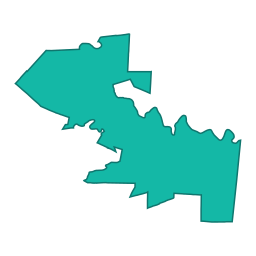 outline of Rastoaca, Vrancea, Romania
{"feature_id": "2599482B59302072108083", "entity_name": "Rastoaca", "entity_type": "district", "adm_level": 2, "iso_a3": "ROU", "parent_name": "Romania", "parent_adm1": "Vrancea", "projection": "mercator", "projection_center": [27.302, 45.655], "detail": "fine", "context": "isolated", "style": "filled", "palette": "teal", "viewbox_px": 256, "rotation_deg": 0, "n_neighbors": 0, "source": "geoboundaries", "source_scale": "gbopen_adm2", "svg_char_len": 5851}
<svg xmlns="http://www.w3.org/2000/svg" viewBox="0 0 256 256"><path d="M232.2,221.7L236.6,180.7L240.6,140.2L238.9,140.6L237.8,141.6L236.9,142.7L236.4,143.0L235.4,143.3L233.5,142.9L232.8,142.6L232.1,141.9L231.8,141.2L231.7,140.4L231.9,140.0L232.8,139.1L233.8,137.9L234.1,137.0L234.0,135.8L233.6,134.4L232.8,133.3L231.5,131.8L230.0,130.5L229.0,129.8L227.9,129.6L227.1,129.7L226.3,130.4L225.7,131.3L225.1,132.9L223.9,136.4L222.6,138.8L221.7,139.8L220.1,140.3L218.8,139.6L214.2,135.1L212.4,132.4L212.0,131.5L211.3,130.3L210.8,129.8L209.8,129.6L208.4,129.9L207.3,130.2L204.7,131.5L203.2,132.4L201.9,133.0L200.4,133.4L199.1,132.9L197.1,131.7L192.1,129.7L190.6,128.3L188.4,125.6L187.6,124.4L186.3,121.6L186.3,119.5L186.2,118.3L186.0,117.1L185.6,116.1L185.2,115.8L184.4,115.5L183.8,115.4L183.2,115.5L182.6,115.8L181.6,116.5L180.6,117.7L180.2,118.1L179.3,119.3L178.6,120.3L178.0,121.5L177.3,122.4L176.9,122.6L175.6,123.8L174.8,125.6L174.8,126.1L175.0,126.7L175.4,127.3L175.4,128.0L175.4,128.7L175.4,129.6L175.2,130.4L175.1,131.1L174.9,131.9L174.6,132.7L174.5,133.4L174.6,134.2L174.4,134.7L173.8,135.0L173.2,135.0L172.6,134.7L171.7,133.6L171.3,131.8L171.2,130.9L171.2,130.2L171.3,129.4L171.2,128.7L170.9,128.0L170.4,127.4L169.7,127.0L169.0,126.8L168.2,126.7L167.2,126.6L166.2,126.7L165.0,126.7L164.2,126.3L163.6,126.0L163.3,125.4L163.0,124.3L162.6,122.9L162.1,120.7L161.3,117.8L160.4,115.4L159.5,113.8L158.5,112.6L157.7,111.0L157.3,110.2L156.8,108.6L156.5,108.0L155.8,107.6L155.1,107.4L154.4,107.5L153.5,107.9L151.2,109.7L149.5,111.8L148.8,112.2L148.4,112.4L147.6,112.4L147.0,112.7L145.8,113.7L145.4,114.3L145.2,115.3L145.1,116.7L145.0,117.2L144.8,117.5L144.5,117.7L144.2,117.8L143.7,117.7L143.0,117.6L139.8,116.1L139.3,115.9L138.8,115.4L138.0,114.1L137.7,113.4L137.6,112.9L137.6,112.4L137.4,111.6L136.9,110.4L135.1,107.6L133.6,105.6L133.7,105.0L133.6,103.8L133.4,102.6L133.1,101.7L132.1,100.3L131.4,99.7L130.9,99.4L129.8,98.9L129.2,98.7L127.3,98.6L126.0,98.3L124.2,98.2L123.8,98.0L123.4,97.7L122.9,97.6L122.2,97.6L121.6,97.7L120.7,97.6L120.1,97.6L119.5,97.6L119.1,97.7L118.6,97.8L118.0,97.6L117.2,97.1L115.9,95.6L115.5,94.9L115.3,94.2L115.1,93.3L114.2,91.9L114.1,91.4L114.2,90.6L114.0,89.9L114.0,89.5L113.9,88.7L113.5,87.7L113.1,86.9L113.1,86.3L113.1,84.5L119.1,82.7L124.6,81.0L126.6,80.4L130.3,79.2L134.1,86.5L134.4,86.7L137.2,87.8L146.4,91.7L150.0,93.3L150.6,83.6L151.2,71.6L150.8,71.7L140.7,71.7L128.2,71.7L127.6,71.7L128.1,61.8L128.3,57.0L128.4,55.8L128.4,54.2L128.7,51.1L128.8,47.9L129.0,44.3L129.2,40.9L129.3,38.1L129.5,34.2L129.2,34.0L128.9,34.0L126.9,34.3L125.9,34.5L123.6,34.8L120.8,35.2L117.6,35.5L116.4,35.6L116.1,35.4L101.8,37.0L100.6,37.3L100.3,37.5L98.0,41.6L98.3,41.6L99.0,41.7L99.9,42.4L100.8,43.2L101.4,44.3L101.6,45.2L101.5,45.8L101.3,46.4L100.6,47.2L98.7,48.4L97.4,48.6L96.1,48.6L94.7,48.2L93.6,47.5L92.2,46.0L90.9,45.1L89.7,44.1L88.6,43.7L86.0,43.5L82.7,43.5L81.7,44.0L80.4,45.3L79.6,46.5L79.4,48.1L79.5,49.3L51.4,50.6L46.1,50.5L27.2,71.4L26.7,71.0L24.7,73.2L23.4,74.6L20.7,77.6L20.3,78.3L15.4,83.6L16.5,84.4L20.3,87.7L21.7,89.0L23.3,90.4L26.4,93.0L27.8,94.2L28.4,94.8L33.9,99.9L36.2,101.9L38.3,103.7L39.1,104.5L40.8,106.3L44.7,108.0L47.2,109.1L49.3,110.1L55.3,112.5L55.7,112.8L57.7,113.4L58.9,113.8L59.8,114.2L60.8,114.6L61.6,114.8L62.5,115.1L66.7,116.6L68.8,117.3L69.2,117.4L69.1,117.9L68.7,119.9L67.8,124.5L65.4,124.6L63.5,127.7L62.6,129.2L68.5,128.3L71.0,127.9L73.5,127.9L73.4,127.2L73.6,126.8L73.8,126.2L74.1,125.7L74.9,124.9L75.3,124.5L75.7,124.3L76.0,124.2L76.4,124.1L77.1,124.2L77.3,124.3L78.0,124.8L79.0,125.4L81.1,126.1L82.1,126.2L83.1,126.1L83.9,125.8L84.2,125.6L84.3,125.1L84.4,124.5L84.4,124.1L84.7,123.8L85.0,123.6L87.1,122.2L87.7,121.9L88.9,120.8L89.5,120.5L91.7,119.8L92.2,119.7L92.8,119.7L93.3,119.7L93.7,119.8L94.2,120.0L94.5,120.3L94.7,120.7L94.7,121.0L94.4,121.6L93.9,122.4L92.3,123.6L91.1,124.7L90.0,125.9L89.8,126.5L89.8,127.0L89.9,127.5L90.2,128.0L90.5,128.4L90.9,128.8L91.5,129.0L92.1,129.1L94.7,129.0L95.5,128.8L96.7,128.9L97.1,129.1L97.5,129.4L97.8,129.9L98.1,130.4L98.7,131.3L99.1,131.7L99.6,131.9L100.0,132.0L100.4,131.9L100.9,131.6L101.1,131.2L101.7,129.2L102.3,129.0L103.1,129.4L103.7,130.2L104.3,131.3L103.4,132.0L101.8,133.0L101.5,133.3L101.2,134.1L101.5,134.7L101.7,135.1L97.2,142.8L98.7,143.4L101.1,144.6L103.0,145.4L105.0,146.4L107.9,147.7L107.7,148.0L110.3,148.8L112.5,149.9L115.9,151.8L114.2,147.0L122.2,149.5L120.0,161.1L119.8,161.1L119.6,161.2L119.0,161.7L118.1,162.1L117.8,162.3L116.7,162.5L114.9,162.5L113.5,162.4L112.9,162.4L111.9,162.3L111.2,162.4L109.9,163.2L108.5,164.0L108.1,164.3L107.8,164.4L106.3,164.9L106.0,165.0L105.7,165.3L105.6,165.6L105.6,165.8L105.6,166.0L105.9,166.3L106.5,166.8L106.7,167.2L106.7,167.5L106.6,167.8L106.3,168.1L106.0,168.6L105.1,169.1L104.0,169.7L102.9,170.0L101.7,170.2L99.0,170.3L97.4,170.4L96.3,170.4L95.9,170.5L94.7,170.8L93.6,171.3L92.1,171.8L90.0,172.0L89.3,172.3L89.1,172.7L89.1,173.1L88.9,173.8L88.4,175.0L87.6,176.5L87.5,176.9L87.4,177.8L87.2,178.1L86.9,178.6L86.7,179.2L86.4,179.5L84.1,180.4L83.9,180.6L84.1,180.8L87.6,182.7L90.3,182.7L92.3,183.0L94.1,183.1L95.9,183.0L96.7,183.1L97.4,183.0L99.2,182.9L102.5,182.7L106.3,182.6L106.8,182.8L135.1,183.3L135.0,187.2L133.1,190.4L131.5,193.4L130.3,196.3L130.0,197.0L132.9,196.2L135.6,195.5L137.6,195.1L139.2,194.6L142.5,193.8L146.9,192.5L147.7,192.0L147.6,196.8L147.5,200.2L147.5,208.2L148.3,207.8L150.1,207.2L151.8,206.6L152.8,206.1L156.3,205.1L157.5,204.7L158.9,204.0L159.5,203.8L160.0,203.1L161.8,202.6L163.9,201.8L165.1,201.4L165.6,201.0L168.0,200.0L170.6,199.2L172.8,198.4L173.5,198.0L173.8,197.7L173.9,194.3L174.0,193.3L182.4,193.8L184.2,194.0L185.5,194.0L186.9,194.1L190.9,194.3L193.3,194.6L195.6,194.6L199.9,194.9L201.3,194.9L201.2,205.2L201.1,209.2L201.1,214.0L201.1,219.7L201.1,221.1L203.3,221.2L211.9,222.0L224.7,221.9L226.6,221.7L232.2,221.7Z" fill="#14b8a6" stroke="#0f766e" stroke-width="1.5"/></svg>